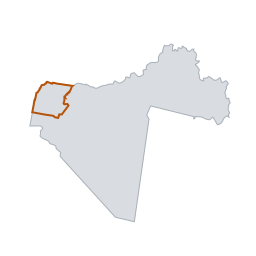 location of Menaka, Gao, Mali, rotated 191°
{"feature_id": "8926073B3742503303790", "entity_name": "Menaka", "entity_type": "district", "adm_level": 2, "iso_a3": "MLI", "parent_name": "Mali", "parent_adm1": "Gao", "projection": "orthographic", "projection_center": [2.874, 16.667], "detail": "fine", "context": "in_parent", "style": "outline", "palette": "amber", "viewbox_px": 256, "rotation_deg": 191, "n_neighbors": 0, "source": "geoboundaries", "source_scale": "gbopen_adm2", "svg_char_len": 5960}
<svg xmlns="http://www.w3.org/2000/svg" viewBox="0 0 256 256"><g transform="rotate(191 128 128)"><path d="M39.4,188.0L39.6,187.1L38.8,186.4L38.8,186.1L39.4,183.4L39.4,182.8L39.8,181.4L39.3,180.8L39.2,180.3L38.1,178.5L37.8,177.0L37.2,176.0L35.8,175.6L35.3,176.4L34.9,176.5L34.4,175.8L34.3,175.3L34.3,174.8L32.6,172.4L32.8,171.2L33.5,170.5L33.8,169.5L33.2,168.2L33.4,167.0L33.4,165.4L32.4,163.9L31.8,163.2L31.2,162.1L31.9,159.8L30.9,157.8L32.9,158.7L33.9,158.1L34.9,157.1L35.7,155.8L36.2,154.2L36.4,152.8L37.4,150.7L38.4,149.7L40.5,148.3L41.0,148.5L44.1,152.0L45.9,153.8L46.5,154.7L47.1,154.8L48.1,153.2L49.2,151.9L49.6,151.6L52.9,151.6L54.6,152.0L56.1,152.5L58.3,152.8L64.1,152.1L64.2,151.4L64.1,150.7L64.4,150.1L64.9,149.6L65.3,149.5L65.4,151.4L65.9,151.7L67.2,151.8L110.0,154.0L112.1,144.4L109.1,140.8L103.9,37.2L123.5,38.0L126.7,40.5L189.2,87.2L189.4,88.6L189.3,90.6L189.8,91.3L190.8,91.9L194.4,93.9L194.7,94.3L194.8,95.1L195.3,96.1L196.1,96.7L197.0,97.1L198.1,97.4L201.4,97.7L202.1,98.2L203.6,100.0L204.4,100.3L208.9,101.3L210.3,101.8L211.9,102.6L212.8,103.3L212.8,106.2L213.4,108.0L213.4,108.5L212.7,109.2L212.5,109.7L211.7,111.2L211.8,111.8L213.4,112.9L214.2,113.2L215.1,113.2L224.7,111.2L225.0,137.6L224.6,138.0L224.4,142.7L223.7,145.5L222.4,147.5L221.7,150.6L221.2,151.2L220.8,152.9L220.1,153.9L218.9,154.3L216.6,156.3L216.5,157.8L211.2,157.0L210.8,157.0L210.6,157.2L210.5,158.0L196.9,158.5L190.3,158.8L186.1,162.3L183.4,162.6L180.0,162.3L178.2,162.3L177.6,162.5L177.4,163.1L172.1,161.2L170.0,161.7L169.7,161.5L169.5,161.2L168.5,160.9L167.0,161.0L165.8,161.2L162.4,164.0L160.5,164.7L157.1,166.2L154.6,167.6L153.8,167.9L152.4,167.9L151.3,168.2L150.3,171.4L149.6,171.7L145.5,170.3L144.7,170.5L144.0,170.8L141.7,172.6L140.5,174.1L139.8,176.1L139.9,177.4L139.5,177.8L138.4,177.9L136.6,177.4L136.0,177.6L135.7,178.6L135.7,180.7L135.2,182.2L134.1,182.6L133.2,183.2L132.5,183.3L131.9,183.2L128.7,180.8L127.6,180.5L126.3,180.7L125.1,181.6L122.9,183.8L123.1,184.6L123.7,185.6L124.1,186.8L124.0,187.8L121.0,189.2L121.7,190.3L121.5,193.3L120.1,194.6L119.5,195.5L118.2,196.4L117.0,196.9L113.3,197.5L111.8,198.4L111.1,199.2L110.9,200.0L111.0,200.9L111.7,202.9L111.4,204.7L110.7,206.8L110.1,207.7L108.4,208.7L108.6,210.0L108.7,212.0L108.4,214.5L107.8,216.2L107.4,216.0L105.7,216.0L103.9,216.5L103.3,216.9L103.1,217.4L101.6,218.7L100.6,218.6L99.7,218.2L99.2,217.8L99.2,217.6L99.8,216.5L99.8,216.1L99.3,214.2L99.4,213.7L99.2,212.2L97.1,212.7L97.0,213.0L97.3,213.9L97.1,214.1L96.4,214.0L95.4,213.7L94.4,212.8L94.1,213.0L94.0,213.7L93.9,214.5L94.1,216.0L93.8,216.5L92.1,216.3L90.7,216.4L90.3,216.9L90.2,217.5L90.5,218.2L90.4,218.4L89.8,218.8L89.6,218.8L88.8,218.0L85.8,217.2L85.5,216.2L85.2,216.2L84.2,214.9L83.8,214.9L83.5,215.1L82.3,215.0L81.2,215.9L80.4,217.2L79.5,217.8L78.3,218.0L78.5,217.2L78.1,216.0L75.5,214.4L75.1,213.8L74.6,210.6L74.6,209.6L74.8,208.8L74.8,208.1L74.5,207.6L73.7,207.1L72.9,206.8L71.8,207.4L71.3,207.5L70.8,207.4L70.6,207.2L70.7,206.9L71.9,205.2L72.5,204.5L73.6,203.7L73.9,203.3L74.0,203.0L73.9,202.7L73.1,202.4L72.0,201.5L71.4,201.4L70.9,201.0L70.4,199.7L70.1,199.4L69.6,199.3L69.1,198.9L69.3,195.9L68.2,193.6L67.4,190.6L66.9,189.9L66.0,189.2L64.9,188.8L63.9,188.6L62.8,188.8L62.8,189.1L63.4,190.1L63.5,190.6L63.3,191.1L63.1,191.4L61.6,191.7L59.5,192.6L58.8,193.8L58.3,193.9L57.6,193.7L52.3,191.3L50.1,192.0L48.5,193.7L48.1,194.3L47.4,194.8L47.1,194.8L46.7,194.4L45.3,191.5L44.6,190.8L43.8,190.7L43.1,191.1L42.3,192.0L41.3,192.8L40.7,193.0L40.2,192.8L38.1,190.8L38.0,190.4L39.1,188.3L39.4,188.0Z" fill="#d9dde1" stroke="#a8b0b8" stroke-width="1"/><path d="M190.4,158.8L190.8,158.8L191.8,158.7L192.3,158.7L192.7,158.7L193.8,158.6L194.8,158.6L195.4,158.5L195.7,158.5L196.7,158.5L197.6,158.4L198.5,158.4L199.2,158.4L199.7,158.3L200.1,158.3L200.6,158.3L201.1,158.3L202.1,158.2L202.5,158.2L203.1,158.2L203.6,158.1L204.2,158.1L205.2,158.1L205.7,158.0L206.3,158.0L206.6,158.0L207.0,158.0L208.1,158.1L208.5,158.1L209.7,158.1L210.5,158.1L210.7,157.8L210.7,157.4L210.7,157.2L210.8,157.1L211.0,157.0L211.3,157.1L212.8,157.3L214.3,157.6L215.4,157.7L215.7,157.8L216.3,157.9L216.5,157.7L216.8,157.4L216.9,157.0L216.9,156.7L216.8,156.4L216.9,156.2L217.0,156.2L217.4,156.0L217.4,155.9L217.6,155.8L217.8,155.5L217.9,155.4L218.2,155.0L218.6,154.5L218.8,154.3L218.9,154.2L219.0,154.2L219.3,154.1L219.7,154.1L219.9,154.1L220.0,154.0L220.3,154.0L220.5,153.9L220.7,153.7L220.8,153.6L221.0,153.3L221.1,153.1L221.2,152.7L221.3,152.3L221.4,152.0L221.4,151.9L221.4,151.7L221.4,151.4L221.5,151.1L221.5,150.9L221.6,150.7L221.8,150.5L222.0,150.4L222.2,150.2L222.2,149.8L222.2,149.7L222.2,149.4L222.1,149.2L222.1,148.9L222.3,148.6L222.4,148.3L222.5,148.2L222.6,147.9L222.7,147.7L222.8,147.5L223.0,147.2L223.1,146.9L223.2,146.7L223.3,146.4L223.3,146.2L223.4,145.9L223.5,145.7L223.9,145.5L224.4,145.2L224.6,145.0L224.6,144.8L224.6,143.3L224.6,142.0L224.6,141.4L224.6,140.7L224.5,140.3L224.5,140.0L224.5,139.9L224.6,139.7L224.7,139.4L224.6,139.1L224.7,138.9L224.7,138.7L224.7,138.2L224.7,137.9L224.7,137.6L224.9,137.6L225.1,137.6L225.1,136.8L225.1,135.5L225.1,134.1L225.0,132.7L225.0,131.2L225.0,130.0L225.0,128.7L225.0,127.2L225.0,125.9L225.0,125.3L225.0,125.2L224.9,125.2L213.0,125.3L203.8,125.7L201.7,124.6L198.5,124.6L198.0,128.3L195.6,128.6L194.7,130.5L190.7,138.7L192.0,140.0L194.9,139.2L195.5,139.4L195.9,139.9L195.7,143.0L196.3,146.1L195.9,146.0L196.0,146.1L196.0,146.3L195.9,146.3L195.9,146.5L195.9,146.8L195.9,147.0L195.8,147.3L195.7,147.4L195.6,147.6L195.6,147.8L195.5,148.1L195.5,148.3L195.4,148.4L195.3,148.6L195.1,148.8L194.9,148.9L194.8,149.0L194.6,149.1L194.5,149.3L194.4,149.4L194.4,149.5L194.2,149.5L194.3,149.7L194.2,149.8L194.1,150.0L193.9,150.3L193.9,150.5L194.0,150.7L194.0,150.8L193.9,150.9L193.7,151.0L193.4,151.2L193.2,151.3L193.1,151.5L193.0,151.4L192.9,151.4L192.9,151.5L192.7,151.8L192.4,151.9L192.4,152.0L192.2,152.2L192.2,152.3L192.4,152.4L191.5,154.9L191.1,158.0L190.4,158.8L190.4,158.8Z" fill="none" stroke="#b45309" stroke-width="2"/></g></svg>